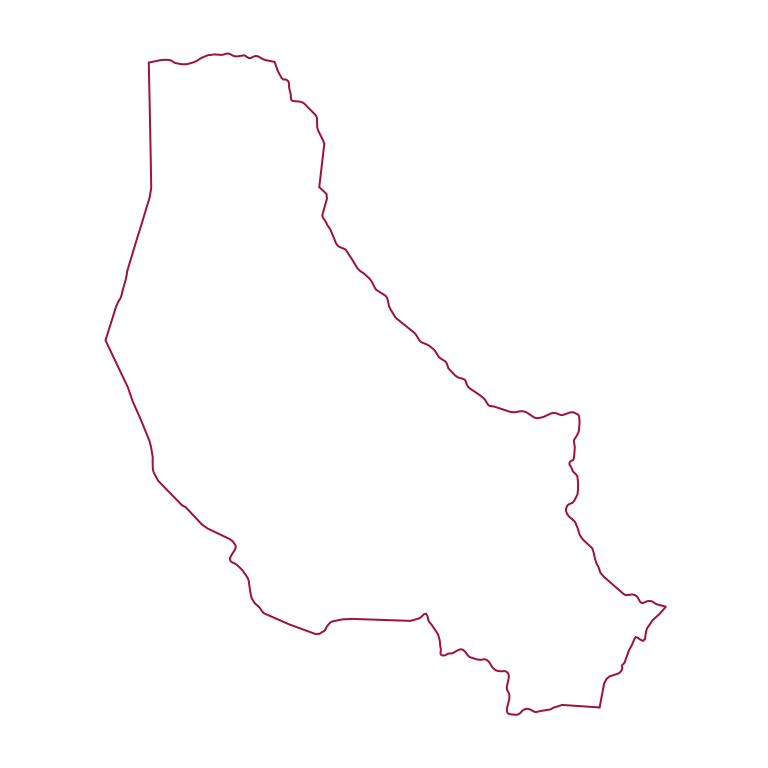 an SVG outline of La Rioja, rotated 179°
{"feature_id": "ARG-1302", "entity_name": "La Rioja", "entity_type": "Province", "adm_level": 1, "iso_a3": "ARG", "parent_name": "Argentina", "parent_adm1": "", "projection": "natural_earth1", "projection_center": [-67.822, -29.835], "detail": "fine", "context": "isolated", "style": "outline", "palette": "rose", "viewbox_px": 768, "rotation_deg": 179, "n_neighbors": 0, "source": "natural_earth", "source_scale": "10m", "svg_char_len": 5688}
<svg xmlns="http://www.w3.org/2000/svg" viewBox="0 0 768 768"><g transform="rotate(179 384 384)"><path d="M136.8,126.6L137.9,125.0L140.8,118.5L143.7,113.5L148.4,101.1L150.9,98.6L151.0,97.5L150.7,96.4L150.7,95.1L152.0,92.7L153.6,91.1L155.7,90.1L163.5,87.8L166.8,85.1L169.1,80.8L174.1,56.7L175.9,57.0L211.4,60.0L220.2,57.4L222.8,56.0L224.1,55.6L233.3,54.3L236.7,53.5L238.1,53.4L239.2,53.6L240.0,53.9L242.9,55.7L244.1,56.2L246.0,56.7L247.3,56.7L248.3,56.6L250.3,55.7L250.9,55.3L252.0,54.3L253.0,53.1L254.6,51.8L256.1,51.2L257.4,50.9L263.5,51.6L264.9,52.0L265.8,52.6L266.2,53.2L266.5,54.0L266.7,54.8L266.8,55.6L266.8,56.6L266.5,58.5L264.4,66.1L264.2,67.1L264.1,69.1L264.1,70.8L264.5,72.5L264.8,73.2L266.2,75.9L266.4,76.6L266.5,77.5L266.5,78.4L266.4,79.4L264.5,87.5L264.3,89.5L264.3,90.4L264.5,91.3L264.9,92.5L265.0,92.7L265.2,93.0L266.9,94.4L267.9,94.7L268.9,94.9L270.6,94.7L273.0,94.8L275.1,95.1L276.3,95.5L277.3,95.9L278.5,96.8L279.7,97.9L281.5,100.2L282.9,102.9L284.2,104.6L285.5,105.9L286.6,106.5L287.7,106.9L288.6,107.0L292.7,106.5L296.1,107.1L301.8,109.0L303.1,109.6L303.8,110.0L304.8,111.1L306.2,112.9L306.5,113.6L308.0,115.4L309.7,116.8L310.9,117.3L311.9,117.4L313.4,117.1L316.1,115.9L318.6,114.4L320.7,113.5L321.4,113.4L323.5,113.4L324.8,113.2L326.9,112.0L327.9,111.6L329.7,111.5L331.0,111.9L331.9,112.5L332.2,113.3L332.2,114.2L331.8,117.3L331.8,118.2L332.3,120.6L332.8,126.9L334.2,132.3L334.5,133.0L340.6,142.5L342.6,144.9L343.4,146.1L343.7,146.8L343.9,147.6L344.3,150.1L344.9,151.6L346.0,153.5L348.0,153.2L351.4,150.0L353.5,148.9L361.7,146.7L419.9,149.7L429.5,149.4L439.3,147.6L441.1,147.0L442.2,146.1L443.3,145.0L445.6,142.1L446.1,141.1L446.4,140.4L446.8,139.6L447.2,139.0L447.6,138.5L448.4,137.9L450.0,137.2L452.9,135.3L457.1,135.3L482.9,145.3L508.4,157.0L512.9,163.3L517.0,167.0L518.2,169.0L519.1,170.4L519.6,171.3L520.0,172.0L521.2,177.4L522.8,190.3L524.0,193.0L528.6,200.0L532.8,204.4L535.2,206.4L535.9,206.8L538.7,208.2L540.6,209.6L540.8,210.4L541.1,211.7L540.9,212.7L540.6,213.6L538.1,217.9L537.0,219.3L536.3,220.4L535.3,222.5L535.1,223.7L535.1,224.7L535.4,225.4L537.3,228.4L538.4,229.7L540.9,231.6L562.9,242.6L568.7,246.9L584.4,264.3L587.2,265.8L588.4,266.6L611.5,291.2L615.6,299.1L616.3,301.5L616.6,303.2L616.7,310.6L616.5,313.5L616.6,315.6L618.1,325.4L619.5,331.2L627.7,352.4L635.5,370.8L640.2,385.3L661.7,432.5L650.7,465.5L648.7,470.1L645.9,474.6L645.2,476.3L643.5,482.7L640.2,493.7L639.2,498.3L638.9,500.9L628.2,534.4L625.5,542.3L623.8,547.5L615.1,574.5L613.3,584.2L613.3,611.9L613.4,667.3L613.6,709.5L600.6,711.9L594.4,711.9L592.4,711.5L591.3,711.1L590.4,710.7L588.5,709.3L587.8,708.9L586.4,708.4L580.3,707.2L575.4,707.2L568.9,708.9L566.0,710.1L560.8,713.3L554.3,715.8L547.6,716.5L541.3,715.9L539.6,716.0L535.4,717.1L534.0,717.1L532.8,716.9L529.4,715.0L527.5,714.3L526.3,714.1L525.3,714.1L518.5,715.0L517.7,715.0L517.4,714.9L514.8,713.0L513.4,712.3L512.4,712.2L511.5,712.3L508.8,713.6L506.7,714.2L505.4,714.1L504.5,713.9L503.2,713.2L499.6,711.0L496.7,709.9L487.8,708.0L484.5,698.3L481.1,691.8L479.8,690.6L478.8,690.1L478.0,690.2L477.0,690.2L476.0,689.7L474.6,688.5L474.1,687.6L473.8,686.6L473.7,681.9L472.2,675.3L472.1,674.4L472.1,671.8L471.8,669.8L471.1,669.0L470.2,668.6L462.6,667.7L460.8,667.0L460.1,666.7L458.8,665.7L448.3,654.7L447.2,653.2L446.6,652.0L446.4,650.3L446.3,641.8L445.4,638.5L440.9,629.1L439.5,625.2L445.3,581.9L438.2,575.1L437.8,570.4L442.7,554.0L442.6,552.7L442.3,551.8L439.8,547.9L437.8,543.8L436.1,541.3L434.6,538.6L429.5,525.5L428.2,523.6L427.1,522.5L426.4,522.0L420.8,519.5L419.9,518.7L419.0,517.5L415.6,512.0L414.7,510.8L408.6,500.2L406.5,498.0L405.3,497.0L402.6,495.2L397.2,490.2L395.5,488.2L394.7,486.9L391.3,480.1L390.6,478.9L389.8,478.1L381.2,472.4L380.3,471.4L379.6,470.5L379.3,469.8L378.9,468.2L377.6,461.6L375.8,457.8L371.8,451.0L370.7,449.6L352.6,434.5L351.2,432.7L347.8,427.0L346.9,426.0L346.1,425.2L339.6,422.4L337.9,421.2L334.3,418.3L332.5,416.3L329.0,410.6L328.1,409.5L327.2,408.7L322.6,405.7L321.7,404.8L321.1,404.0L320.0,400.9L319.4,398.6L313.1,391.6L310.2,389.4L304.3,387.5L303.4,386.9L302.7,386.3L302.4,385.6L302.1,384.9L301.7,383.3L300.8,381.2L299.8,379.5L298.2,378.0L290.5,372.7L285.4,368.8L283.4,366.7L280.3,361.4L279.3,360.6L278.3,360.1L274.5,359.6L258.2,353.9L254.2,353.5L252.6,353.6L249.4,354.2L247.5,354.4L246.2,354.3L244.1,354.0L242.9,353.6L241.9,353.1L234.4,347.9L232.8,347.4L231.6,347.1L228.3,347.5L224.6,348.5L217.8,351.6L216.8,351.8L215.6,352.0L213.6,352.0L212.1,351.7L208.3,350.1L207.0,349.8L206.0,349.8L198.5,352.3L195.4,352.5L190.8,350.3L190.3,349.6L189.6,348.6L189.4,346.9L189.1,342.4L189.9,334.4L190.4,332.5L190.7,331.7L192.4,328.5L194.3,325.9L194.8,325.0L195.1,323.4L195.0,322.0L194.3,317.7L195.2,308.1L195.6,306.0L196.2,304.7L196.9,304.4L197.7,304.2L198.4,303.7L199.2,303.1L199.9,301.8L200.0,300.8L199.8,300.0L199.4,299.3L199.0,298.7L197.7,296.2L196.7,293.3L194.3,291.0L192.3,288.6L191.7,282.6L191.8,275.4L192.5,270.2L195.7,264.1L196.9,262.7L198.2,261.6L199.7,261.2L201.4,260.4L202.8,259.3L204.0,256.8L204.2,255.1L204.2,253.8L203.6,251.9L203.2,251.0L202.6,249.9L201.6,248.6L200.2,247.2L197.0,244.5L195.6,242.9L194.7,241.2L192.5,235.4L191.2,230.3L189.5,227.3L187.5,224.6L178.7,216.2L177.3,211.8L176.1,205.7L174.6,200.7L172.7,197.2L170.9,191.4L167.2,187.1L148.0,169.8L146.8,169.1L145.7,168.6L139.2,169.3L138.1,169.0L136.9,168.6L135.3,167.5L134.5,166.7L133.9,165.9L131.8,161.9L130.9,161.0L130.0,160.5L129.2,160.5L127.8,160.9L126.5,161.5L124.3,162.3L122.7,162.4L120.9,162.3L119.8,161.9L118.7,161.3L116.1,159.4L115.1,159.0L106.3,156.5L106.4,156.0L112.4,149.4L119.4,143.3L125.1,135.3L126.2,132.5L127.6,124.3L129.5,122.6L132.1,123.9L134.8,125.9L136.8,126.6Z" fill="none" stroke="#9f1239" stroke-width="2"/></g></svg>